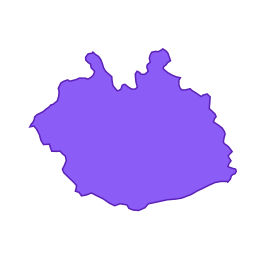 Astravyets, Grodno, Belarus, rotated 255°
{"feature_id": "67162791B54270193950847", "entity_name": "Astravyets", "entity_type": "district", "adm_level": 2, "iso_a3": "BLR", "parent_name": "Belarus", "parent_adm1": "Grodno", "projection": "mercator", "projection_center": [26.135, 54.766], "detail": "fine", "context": "isolated", "style": "filled", "palette": "violet", "viewbox_px": 256, "rotation_deg": 255, "n_neighbors": 0, "source": "geoboundaries", "source_scale": "gbopen_adm2", "svg_char_len": 2271}
<svg xmlns="http://www.w3.org/2000/svg" viewBox="0 0 256 256"><g transform="rotate(255 128 128)"><path d="M210.4,113.8L209.6,113.1L209.9,108.6L207.4,105.4L204.5,104.8L201.6,106.4L199.4,108.3L195.5,108.0L193.0,109.6L191.1,110.3L188.5,108.6L186.6,105.8L185.6,101.9L187.2,99.7L188.8,93.9L188.2,90.7L188.2,87.2L188.2,84.0L190.1,82.1L189.8,78.2L188.8,74.7L184.3,70.9L181.1,70.9L176.6,69.3L172.5,66.7L170.3,61.9L170.2,59.3L169.9,59.3L168.3,56.1L167.4,53.6L165.8,50.4L164.8,45.9L164.5,43.6L162.9,40.8L160.3,39.5L158.1,37.6L156.8,35.6L154.5,33.5L154.2,37.6L150.9,39.3L144.4,40.7L138.6,40.7L133.9,42.1L132.7,47.9L130.4,47.9L125.3,48.3L123.9,53.0L123.3,56.3L120.0,58.1L117.1,60.2L112.6,60.0L108.1,56.7L105.2,54.0L101.5,54.4L96.6,57.3L89.4,61.6L85.8,63.4L82.9,62.2L80.6,60.8L78.4,64.1L74.5,65.5L74.1,70.4L74.7,75.9L72.0,78.8L66.1,85.6L60.1,90.7L56.4,95.0L56.9,100.7L54.0,107.1L50.1,108.1L47.4,111.8L45.6,116.9L46.6,123.7L49.5,128.0L49.1,135.2L48.5,147.5L47.0,155.7L46.4,161.6L47.4,171.8L49.3,178.6L50.5,185.2L51.7,191.1L52.8,197.7L52.4,203.6L50.7,209.8L49.9,210.3L52.1,213.6L55.0,215.4L55.9,217.2L56.2,219.6L58.0,221.3L60.4,221.3L61.9,218.7L64.8,214.5L67.5,216.3L69.6,219.0L73.5,217.8L75.2,217.5L77.0,220.4L78.2,222.5L80.6,221.6L83.9,220.2L86.0,218.7L88.0,216.9L90.1,216.6L93.4,218.1L97.0,220.2L99.6,220.2L103.5,219.0L107.1,216.3L111.8,212.1L114.8,214.2L116.0,216.0L119.0,215.7L121.9,213.9L125.8,211.5L131.5,213.6L136.8,215.4L140.4,213.3L140.4,209.1L139.5,206.8L143.7,203.2L147.5,199.6L149.9,198.1L149.9,193.4L150.8,189.8L153.2,188.6L156.4,188.3L160.9,189.5L163.0,191.6L164.8,188.0L167.7,184.2L171.3,180.6L176.1,177.3L178.2,178.5L179.0,180.9L180.8,183.0L182.0,186.5L185.9,186.2L190.0,185.9L192.4,184.8L195.4,182.1L194.5,179.7L193.9,177.0L194.8,174.6L195.1,170.8L193.3,168.7L189.8,166.6L185.9,166.6L184.1,163.0L182.0,161.9L177.6,162.2L175.5,158.3L176.4,154.7L178.7,153.5L180.5,151.5L178.4,149.1L174.3,148.2L170.2,147.6L165.2,147.6L163.7,145.4L164.4,142.1L166.7,139.5L168.6,138.1L170.9,136.4L171.1,134.9L170.7,133.4L168.8,132.2L167.3,131.1L166.7,129.2L166.7,127.3L169.8,125.8L173.0,124.4L178.7,125.0L181.8,125.6L186.3,122.5L189.2,120.8L192.4,120.0L196.0,119.9L200.6,119.5L203.8,118.5L205.8,117.2L207.3,115.7L210.4,113.8Z" fill="#8b5cf6" stroke="#5b21b6" stroke-width="1.5"/></g></svg>